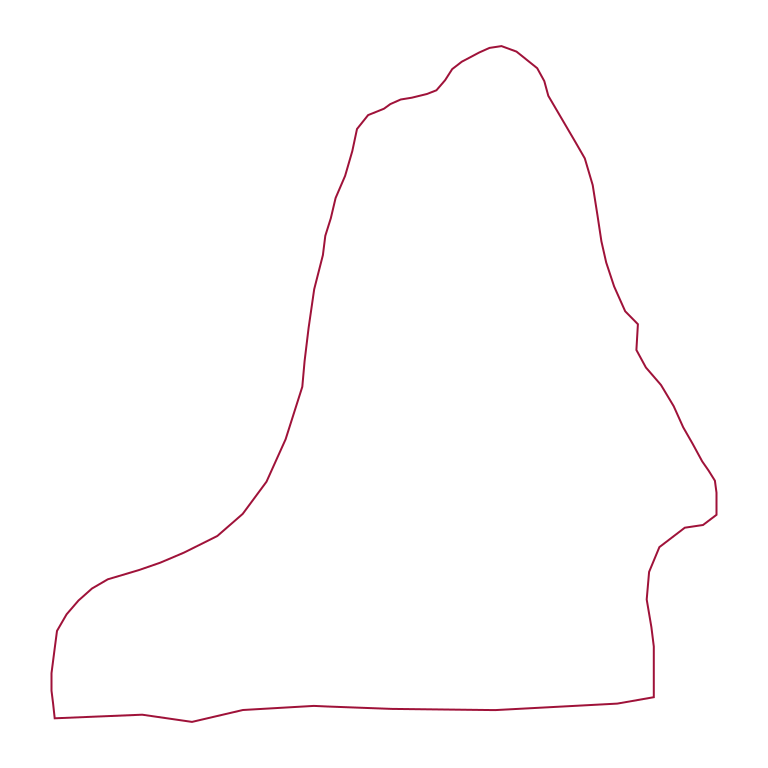 Manutalake, Tuvalu (Natural Earth projection)
{"feature_id": "33948139B42488668501008", "entity_name": "Manutalake", "entity_type": "district", "adm_level": 2, "iso_a3": "TUV", "parent_name": "Tuvalu", "parent_adm1": "", "projection": "natural_earth1", "projection_center": [177.148, -7.242], "detail": "fine", "context": "isolated", "style": "outline", "palette": "rose", "viewbox_px": 768, "rotation_deg": 0, "n_neighbors": 0, "source": "geoboundaries", "source_scale": "gbopen_adm2", "svg_char_len": 1087}
<svg xmlns="http://www.w3.org/2000/svg" viewBox="0 0 768 768"><path d="M54.7,718.3L142.2,714.7L192.0,721.9L242.9,710.0L313.9,705.9L327.2,706.5L391.7,708.9L495.1,710.1L617.3,703.6L653.8,697.2L653.8,646.5L651.4,627.2L646.7,599.5L649.1,571.9L659.4,547.1L684.8,527.7L703.0,525.0L716.5,514.8L716.5,492.7L714.9,480.7L708.6,470.6L702.2,461.4L692.7,443.9L683.2,427.3L673.7,406.2L661.0,385.0L645.9,367.5L636.4,350.0L637.9,324.2L625.2,311.3L614.1,286.4L606.2,262.5L601.4,241.3L597.5,215.5L592.7,185.1L584.8,158.4L575.3,141.9L548.3,95.8L544.3,81.1L537.2,68.2L516.5,51.6L501.5,46.1L489.5,47.9L479.2,52.5L461.8,61.7L452.2,69.1L445.1,80.2L436.4,90.3L426.9,94.0L411.8,97.7L400.7,99.5L390.3,104.1L384.0,108.7L368.1,115.1L357.0,129.0L352.3,151.1L345.1,175.9L335.6,198.0L330.8,218.3L325.3,235.8L322.9,255.1L314.2,289.2L308.6,327.9L304.6,361.0L302.3,386.8L285.6,439.3L266.5,481.7L242.7,513.9L217.3,536.0L184.0,552.6L160.2,562.7L138.8,570.1L107.8,579.3L92.0,588.5L78.5,600.5L66.6,614.3L57.0,630.9L54.7,648.4L51.5,673.2L51.5,690.7L53.1,703.6L54.7,718.3Z" fill="none" stroke="#9f1239" stroke-width="2"/></svg>